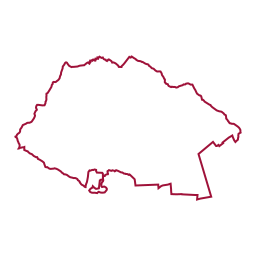 Vartescoiu, Vrancea, Romania (orthographic projection)
{"feature_id": "2599482B9157251051553", "entity_name": "Vartescoiu", "entity_type": "district", "adm_level": 2, "iso_a3": "ROU", "parent_name": "Romania", "parent_adm1": "Vrancea", "projection": "orthographic", "projection_center": [27.052, 45.724], "detail": "fine", "context": "isolated", "style": "outline", "palette": "rose", "viewbox_px": 256, "rotation_deg": 0, "n_neighbors": 0, "source": "geoboundaries", "source_scale": "gbopen_adm2", "svg_char_len": 5646}
<svg xmlns="http://www.w3.org/2000/svg" viewBox="0 0 256 256"><path d="M200.3,198.6L211.2,196.7L198.5,154.0L213.0,141.9L216.1,146.0L216.9,146.0L218.5,144.9L219.3,146.1L223.1,143.2L222.6,142.5L228.9,137.5L229.8,137.0L232.3,135.5L232.9,137.3L234.2,140.3L235.4,142.0L237.0,140.4L237.6,140.0L237.9,139.6L238.1,137.7L238.4,137.0L238.4,136.5L238.3,135.8L238.3,135.1L238.6,133.9L238.6,133.7L240.6,132.6L240.4,131.8L240.4,130.3L240.2,129.5L239.1,127.8L237.8,126.6L234.1,124.0L233.5,123.8L232.2,123.8L231.4,123.7L230.7,123.3L230.4,123.4L229.9,123.3L229.4,122.9L229.1,122.5L228.5,121.4L228.2,121.3L227.6,120.2L226.8,119.2L226.2,118.6L226.2,117.9L225.9,115.5L225.7,115.1L224.4,114.5L224.2,114.2L223.8,113.5L222.4,112.4L221.8,111.9L221.1,111.6L219.2,111.3L216.7,110.4L212.2,107.1L210.8,105.7L210.5,105.0L209.5,104.7L204.6,101.6L203.9,100.6L203.0,99.8L202.1,99.8L201.9,99.3L201.6,97.8L201.2,96.3L200.7,95.7L200.4,95.5L199.8,95.5L199.1,95.2L197.0,93.6L196.0,91.6L195.4,90.2L194.2,88.3L192.4,84.6L190.6,84.6L188.4,83.4L187.1,83.4L186.6,83.7L186.0,83.7L185.0,84.5L183.6,84.4L183.4,84.5L182.7,85.2L180.8,85.7L180.3,85.9L179.1,86.2L177.8,87.2L176.7,87.5L176.0,87.5L175.4,87.1L174.2,86.9L173.2,87.0L171.9,86.7L171.6,87.0L171.1,87.1L169.6,86.4L168.8,86.0L168.3,85.5L167.8,84.2L166.2,83.8L165.9,83.6L165.7,83.0L165.1,82.7L164.8,82.2L164.9,79.6L164.8,79.3L164.2,78.8L163.8,77.8L163.2,76.6L162.3,75.5L161.9,74.7L161.7,73.5L161.3,72.8L160.5,71.5L159.4,71.4L157.2,71.5L156.7,71.3L155.3,70.4L153.7,68.8L153.3,68.6L151.8,68.2L150.4,66.7L148.9,65.7L148.8,65.4L148.4,64.6L147.9,64.4L147.5,64.2L146.5,64.1L145.1,63.5L143.2,62.3L142.4,61.9L142.0,62.0L140.8,61.3L139.7,61.0L139.2,61.1L137.6,60.7L136.8,60.1L136.4,60.0L136.0,59.4L135.5,59.0L133.8,58.0L131.8,56.6L131.5,56.5L131.0,57.4L130.4,57.6L129.3,56.9L124.4,63.3L123.2,64.7L121.8,66.0L121.6,66.4L121.5,67.0L118.8,66.9L118.5,66.4L118.3,65.7L115.9,63.6L114.7,62.9L113.4,62.4L112.7,62.5L112.2,62.6L111.6,61.4L111.4,61.1L110.1,60.2L109.0,59.5L108.8,59.4L108.1,59.7L107.8,60.4L107.3,60.5L107.0,61.0L106.2,60.6L105.6,59.7L105.3,59.8L103.8,59.1L103.2,58.3L102.8,57.5L101.5,57.9L99.5,56.7L99.0,57.3L97.4,57.4L97.4,57.8L97.5,58.0L98.1,58.5L98.9,59.0L97.2,58.6L96.6,58.9L95.6,58.6L95.4,58.6L95.2,59.1L95.7,59.6L95.4,60.6L94.8,60.6L94.0,60.2L93.1,59.5L92.8,59.7L92.8,60.0L92.4,60.7L91.6,60.3L91.3,60.5L90.3,60.6L90.4,61.1L90.6,61.6L90.6,61.9L90.2,62.4L89.6,61.7L89.4,62.0L89.3,62.4L89.4,62.6L89.8,62.8L89.6,63.4L89.4,63.7L89.0,63.4L88.6,62.7L88.2,62.5L87.8,62.5L87.3,62.7L86.5,63.3L85.9,63.7L85.6,64.1L84.3,65.0L84.2,65.2L80.3,65.6L79.3,65.8L77.6,66.5L73.4,66.9L72.3,66.9L71.5,67.1L69.1,65.8L67.8,64.1L66.9,62.7L66.3,62.4L65.8,62.4L65.5,62.6L65.0,63.1L64.6,63.8L64.5,64.3L62.8,66.5L62.6,68.4L61.1,72.5L60.9,74.7L60.5,75.2L60.2,75.9L59.8,77.2L59.7,78.0L59.3,78.7L58.5,79.8L57.8,80.4L56.8,81.1L55.9,81.9L55.2,82.1L53.7,81.9L53.1,82.2L52.7,82.9L52.7,83.9L51.8,85.0L51.5,86.6L51.2,87.3L50.2,88.9L49.4,90.3L47.7,92.9L47.4,93.2L46.5,93.6L46.4,94.2L46.5,95.9L46.3,96.8L46.4,99.5L46.2,100.4L45.8,101.4L45.5,101.8L45.5,103.0L44.7,105.0L44.5,105.3L42.4,105.4L38.8,104.9L37.1,104.9L36.7,105.4L36.3,106.2L36.0,107.4L36.2,108.4L36.8,109.4L36.8,109.9L35.6,111.1L35.1,112.1L34.4,113.8L35.0,115.4L34.8,116.5L33.9,118.4L31.8,121.5L31.2,122.0L29.6,122.7L27.5,122.8L26.8,123.1L26.0,123.7L22.8,125.1L21.6,127.5L20.2,129.4L20.1,131.2L20.0,131.7L19.6,132.4L19.3,132.8L18.0,133.7L17.0,134.7L16.4,136.4L16.2,136.5L15.5,136.5L15.4,136.7L15.6,137.1L16.6,137.6L17.0,138.2L17.2,138.6L17.7,140.8L18.2,141.8L18.7,143.2L19.4,144.3L19.6,144.9L19.6,146.0L19.4,147.1L19.2,147.7L18.7,148.5L18.9,148.5L19.1,148.3L19.6,147.9L20.7,147.8L22.5,147.3L23.5,147.3L24.3,147.0L24.3,150.0L26.6,151.0L27.7,151.3L28.4,152.2L30.0,153.5L31.8,154.1L33.7,155.9L34.2,156.2L36.1,157.2L37.1,157.1L37.3,157.4L37.8,158.4L37.8,158.7L37.9,158.9L39.5,159.6L42.3,161.3L43.9,162.6L44.4,164.3L45.4,167.0L46.4,167.3L47.2,167.1L49.3,168.6L50.5,168.9L53.8,168.6L54.5,168.3L56.4,168.8L57.9,169.5L60.8,171.4L62.1,172.8L63.0,173.3L64.0,174.3L65.4,174.4L66.9,174.9L69.0,176.5L70.2,177.2L72.4,177.7L73.7,178.1L75.0,178.0L76.2,178.4L77.1,178.9L77.6,179.4L77.7,179.8L77.9,180.2L79.0,180.9L79.7,181.6L79.8,182.5L80.2,182.8L81.0,184.0L81.7,184.7L83.7,185.7L84.2,186.4L84.6,186.7L85.3,187.1L85.6,187.1L85.6,186.0L86.1,184.1L86.9,182.1L87.2,180.7L87.9,176.9L88.4,172.0L89.4,170.6L89.6,170.8L90.1,170.7L92.3,169.9L93.4,170.0L94.4,169.5L95.1,169.6L96.1,169.9L96.1,171.1L96.9,172.6L102.2,172.8L102.4,173.1L102.8,173.5L102.9,174.6L102.9,179.5L100.6,179.8L100.5,180.5L99.8,180.6L98.9,188.3L96.6,188.8L95.8,188.8L95.3,188.5L95.1,188.2L94.7,188.0L94.0,187.5L93.6,187.0L92.8,186.2L92.4,187.7L91.6,188.0L90.2,189.1L89.2,190.5L90.1,191.9L91.5,192.6L92.9,192.8L94.6,192.7L97.2,193.1L98.2,192.1L98.8,191.8L99.3,192.1L100.9,192.6L102.8,192.7L104.7,192.4L106.6,190.1L106.9,189.0L106.2,187.7L104.8,186.8L104.1,186.5L102.8,186.9L102.0,187.0L101.6,186.6L101.4,186.2L101.4,184.0L101.8,182.7L103.0,181.2L103.3,180.1L103.0,179.3L103.0,178.7L103.1,176.1L104.6,176.0L104.5,175.5L106.5,174.4L107.9,174.2L108.0,173.7L107.5,172.0L107.5,171.5L107.6,171.1L108.8,170.5L108.9,170.2L109.4,170.2L111.1,170.8L111.7,170.8L112.3,170.3L114.4,170.8L114.8,171.3L115.2,171.1L116.1,170.2L118.1,170.9L121.1,172.4L122.4,172.5L124.0,173.6L125.3,173.7L125.7,174.0L127.0,174.0L127.7,174.2L128.3,174.7L128.8,174.9L129.0,174.6L129.3,174.4L129.9,174.7L134.5,179.1L134.7,179.5L135.5,185.5L158.2,184.6L158.5,188.2L161.3,186.0L162.9,185.4L168.0,184.6L169.8,183.9L170.6,183.7L171.1,189.4L171.1,190.6L171.4,194.1L176.4,194.3L181.7,194.1L181.8,194.3L183.2,194.4L195.2,195.0L197.5,195.0L197.1,199.5L200.3,198.6Z" fill="none" stroke="#9f1239" stroke-width="2"/></svg>